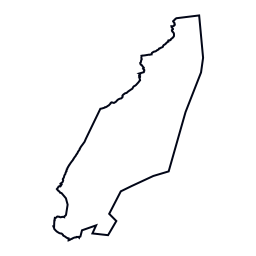 Melchor Ocampo, Zacatecas, Mexico (Equal Earth projection), rotated 89°
{"feature_id": "50627088B70074027244327", "entity_name": "Melchor Ocampo", "entity_type": "district", "adm_level": 2, "iso_a3": "MEX", "parent_name": "Mexico", "parent_adm1": "Zacatecas", "projection": "equal_earth", "projection_center": [-102.006, 24.9], "detail": "fine", "context": "isolated", "style": "outline", "palette": "ink", "viewbox_px": 256, "rotation_deg": 89, "n_neighbors": 0, "source": "geoboundaries", "source_scale": "gbopen_adm2", "svg_char_len": 5358}
<svg xmlns="http://www.w3.org/2000/svg" viewBox="0 0 256 256"><g transform="rotate(89 128 128)"><path d="M235.0,177.3L229.5,175.8L224.8,161.6L232.8,165.4L234.8,149.8L220.8,141.3L213.5,148.3L191.2,136.3L186.1,125.4L176.4,103.5L172.1,88.1L113.1,70.2L73.7,54.0L59.1,51.7L16.7,54.9L19.1,77.8L20.1,78.9L20.2,79.3L20.3,79.4L20.6,79.4L20.8,79.6L21.4,80.4L21.6,80.7L21.8,80.9L22.0,80.9L22.3,81.0L23.0,80.3L23.2,80.2L23.3,80.2L23.5,80.0L24.0,79.6L24.3,79.6L24.8,79.8L25.1,79.5L25.3,79.4L25.7,79.4L26.7,80.4L26.9,81.2L27.2,81.7L27.2,82.3L27.0,82.7L27.0,82.8L27.7,82.7L28.0,82.6L28.2,82.4L28.3,82.1L28.5,82.0L29.3,81.8L29.7,81.3L30.0,81.3L30.6,81.9L30.9,82.4L31.1,82.4L31.6,82.3L32.2,82.1L32.9,81.3L33.2,81.2L33.6,80.8L34.2,80.5L35.1,80.4L36.2,80.4L37.0,80.5L37.3,80.6L37.6,81.0L38.1,81.3L38.4,81.5L38.5,81.7L39.7,83.2L39.9,83.5L40.3,83.7L40.4,83.8L40.6,83.8L40.9,84.1L41.0,84.4L41.0,85.2L41.1,85.4L41.1,86.1L41.3,86.2L41.8,86.0L42.0,86.2L42.4,86.2L42.5,86.6L42.3,86.6L43.1,87.5L43.3,87.7L44.2,88.6L44.2,88.8L44.7,89.1L45.4,90.2L45.6,90.7L46.1,91.2L46.2,91.3L47.4,91.7L47.6,92.0L48.1,93.0L48.3,93.5L48.4,94.0L48.6,94.2L48.7,94.6L49.0,94.8L49.1,95.1L49.2,95.7L49.9,96.0L50.2,96.4L50.4,96.8L50.6,97.2L50.7,97.6L51.2,98.1L51.7,98.9L51.9,99.4L52.0,99.9L52.0,100.4L52.0,100.5L52.3,100.9L52.6,101.7L52.8,101.9L52.9,102.0L53.1,102.4L53.2,102.6L53.3,102.7L54.1,103.0L54.5,103.0L54.8,103.1L54.7,103.4L54.8,103.8L55.2,105.0L55.0,105.5L55.3,107.4L55.5,108.8L55.6,109.3L55.8,111.1L55.8,112.0L56.0,113.2L56.3,113.1L57.0,113.3L57.8,113.4L58.3,113.4L58.5,113.4L58.8,113.2L59.1,113.1L59.7,113.1L59.9,113.2L60.0,113.4L60.4,113.6L61.3,113.8L62.4,114.0L62.7,114.2L63.3,114.4L63.3,114.6L63.8,114.6L64.7,114.2L65.1,113.8L65.1,113.6L65.3,113.2L65.6,113.0L66.0,112.8L66.1,112.6L66.5,112.4L66.8,112.2L67.0,112.0L67.5,111.8L67.7,111.6L67.8,111.6L68.1,111.3L68.1,111.1L68.6,111.0L68.8,110.6L68.8,110.8L69.1,111.1L69.2,111.7L69.4,111.6L69.6,111.5L70.0,110.8L70.3,110.7L70.5,110.7L70.6,110.9L70.8,110.9L71.3,110.8L71.7,111.1L72.3,111.3L72.5,111.3L73.7,115.8L73.8,115.6L74.4,115.5L74.6,115.3L74.9,115.1L75.0,115.3L75.5,115.9L75.7,116.0L75.9,116.0L76.1,115.8L76.3,115.7L76.6,115.8L76.5,115.3L76.5,115.2L76.8,115.1L76.9,115.3L77.0,115.3L77.3,115.4L77.7,115.3L77.8,115.5L78.4,115.6L79.1,115.5L79.7,115.2L80.6,115.1L81.4,116.0L82.1,116.4L85.2,119.3L85.9,120.3L86.4,121.4L86.9,121.9L88.8,123.0L89.5,124.2L91.5,127.2L92.9,128.8L93.2,130.2L94.2,131.7L95.0,132.6L95.9,133.1L96.6,132.8L97.3,133.1L98.3,134.3L98.4,135.1L98.8,136.3L99.2,137.1L99.5,137.6L100.2,138.4L101.0,139.1L101.6,139.7L102.6,141.4L102.6,142.2L102.3,142.9L102.2,143.4L102.3,143.7L102.1,144.0L102.2,144.3L102.3,144.4L102.6,144.3L102.8,144.3L102.8,144.2L102.8,144.6L102.8,144.8L102.9,145.0L103.3,145.1L105.1,146.9L105.6,147.9L106.4,149.0L106.7,149.7L106.9,150.2L106.8,150.6L107.1,150.9L107.4,151.5L108.1,154.0L108.3,155.3L138.0,170.3L141.1,171.7L146.2,175.6L146.7,175.8L147.8,176.6L148.0,176.5L148.9,176.9L151.0,178.5L151.8,178.7L152.3,179.1L152.7,179.4L153.3,179.7L153.4,179.9L154.3,180.5L155.0,180.8L155.4,181.2L156.3,181.9L156.6,182.1L157.7,182.9L158.4,183.2L158.6,183.5L159.3,183.8L160.5,184.9L161.4,185.5L161.7,185.8L162.4,186.3L162.8,186.5L163.5,187.1L163.7,187.3L163.9,187.3L164.2,187.5L164.3,187.5L164.8,188.0L165.4,188.2L165.6,188.4L165.9,188.5L166.0,188.7L166.4,188.9L166.6,189.1L167.1,189.2L168.0,189.5L168.2,189.9L168.6,189.9L169.2,190.2L169.4,190.3L169.6,190.2L169.8,190.2L170.2,190.5L170.4,190.4L170.5,190.5L171.6,191.2L172.8,191.4L173.3,191.8L173.5,192.0L173.8,192.1L174.1,192.3L174.8,192.6L176.1,192.9L176.6,193.1L177.6,193.9L178.1,194.1L178.5,194.0L178.9,193.7L179.2,193.7L179.5,193.8L180.2,194.1L180.4,194.1L180.7,194.2L181.0,194.5L181.6,195.2L181.7,195.3L181.9,195.6L182.0,195.7L182.1,196.0L182.3,196.3L182.6,196.0L182.7,195.9L182.8,195.8L183.2,195.4L183.5,195.7L183.5,195.9L183.8,196.3L184.2,195.9L184.5,196.1L185.2,196.6L185.1,197.2L185.0,197.6L185.1,197.9L185.4,198.5L185.7,198.6L186.6,199.2L187.8,200.2L188.8,199.4L189.1,199.3L189.2,199.0L189.7,198.5L189.9,198.2L190.2,198.0L190.4,197.7L190.6,197.5L191.0,197.2L191.5,197.0L191.9,195.6L197.2,191.3L203.6,189.7L213.8,191.5L214.6,192.2L214.9,192.7L215.4,193.2L215.7,193.5L215.8,193.4L216.0,193.4L215.7,194.2L215.7,194.4L215.8,194.7L215.7,195.0L215.7,195.4L216.0,196.4L216.1,196.9L215.9,197.7L215.6,198.0L215.5,199.0L215.3,199.6L215.3,200.2L215.5,200.6L215.7,200.8L216.0,201.0L216.3,201.4L216.5,201.8L216.8,202.2L216.8,202.3L216.7,202.6L217.0,202.6L217.0,202.8L217.6,202.9L217.9,203.0L218.0,202.9L218.2,203.0L218.4,203.0L218.9,203.0L219.3,202.9L219.4,203.0L219.5,203.3L225.1,203.6L225.1,204.3L226.8,203.6L227.6,203.5L227.8,203.3L229.0,202.3L229.2,202.1L229.4,201.9L230.0,201.3L230.4,200.8L230.6,200.6L231.0,199.9L231.2,199.6L231.9,198.5L232.1,197.8L232.2,197.6L232.3,197.1L232.3,196.7L232.4,196.2L233.2,195.3L233.6,195.1L233.8,194.8L234.1,194.7L234.3,194.7L234.6,194.4L235.0,193.6L235.2,193.2L235.5,192.8L235.8,192.3L236.2,191.9L236.8,191.0L237.0,190.4L237.1,190.0L237.4,189.2L238.5,189.4L239.3,189.4L239.2,189.1L239.1,188.9L238.9,188.4L238.7,187.9L238.1,186.9L237.9,186.6L237.9,186.1L237.5,185.6L237.5,185.4L237.0,184.6L236.5,183.1L236.5,182.4L236.5,182.2L236.5,181.8L236.2,181.5L236.0,181.4L236.0,181.0L236.1,180.2L236.1,179.9L236.0,179.7L236.6,179.0L236.3,179.0L236.3,178.9L236.2,178.8L235.7,177.5L235.0,177.3Z" fill="none" stroke="#020617" stroke-width="2"/></g></svg>